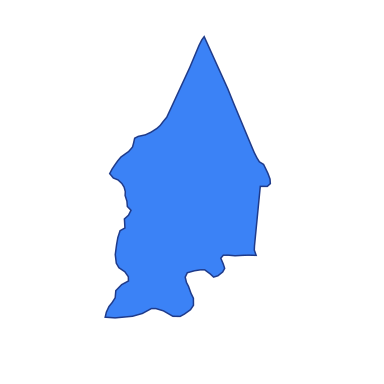 Laranjeiras, Sergipe, Brazil, rotated 112°
{"feature_id": "56859067B9922653305516", "entity_name": "Laranjeiras", "entity_type": "district", "adm_level": 2, "iso_a3": "BRA", "parent_name": "Brazil", "parent_adm1": "Sergipe", "projection": "equal_earth", "projection_center": [-37.164, -10.802], "detail": "fine", "context": "isolated", "style": "filled", "palette": "blue", "viewbox_px": 384, "rotation_deg": 112, "n_neighbors": 0, "source": "geoboundaries", "source_scale": "gbopen_adm2", "svg_char_len": 1352}
<svg xmlns="http://www.w3.org/2000/svg" viewBox="0 0 384 384"><g transform="rotate(112 192 192)"><path d="M43.4,238.9L47.3,239.9L53.5,240.4L77.3,240.7L132.1,243.4L137.4,245.1L142.2,246.4L146.1,248.3L152.0,252.5L156.5,256.7L160.6,262.7L163.6,265.3L168.4,264.5L172.6,264.0L178.2,265.9L182.4,268.6L186.2,271.0L191.2,272.6L196.4,273.8L200.7,274.7L205.8,275.2L208.5,270.2L208.5,265.1L210.4,260.2L212.9,256.8L216.6,254.0L220.3,252.7L224.9,248.9L229.7,246.5L231.8,241.7L237.4,242.2L242.3,244.6L245.6,243.0L250.5,240.7L254.8,244.2L262.0,243.7L269.1,242.2L278.8,239.7L286.4,235.5L289.6,231.4L291.1,224.4L294.4,219.3L298.3,217.6L304.2,222.5L312.0,225.7L318.8,223.6L324.3,224.6L329.3,226.1L335.4,226.4L340.6,225.6L337.5,216.1L329.5,200.6L323.2,192.5L315.3,186.0L313.6,181.8L312.9,174.0L314.4,163.2L311.8,156.4L308.0,153.3L301.7,149.3L296.5,148.2L290.0,150.9L286.2,155.1L280.8,159.9L278.0,163.2L273.5,166.4L268.6,166.1L264.1,160.2L261.1,155.2L259.4,151.1L261.1,144.5L262.8,140.1L260.0,136.6L254.7,133.6L250.6,133.1L247.1,136.0L242.6,140.5L238.9,139.3L237.0,134.8L235.0,128.2L231.6,121.0L229.4,116.0L226.7,108.8L222.5,112.5L218.5,113.9L161.2,130.8L158.6,124.3L154.9,122.5L150.8,124.5L146.4,128.5L142.9,132.3L139.6,136.0L138.8,140.8L136.2,144.4L132.1,149.1L128.3,152.9L94.3,186.5L83.1,197.3L43.4,238.9Z" fill="#3b82f6" stroke="#1e3a8a" stroke-width="1.5"/></g></svg>